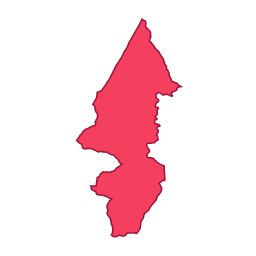 the district of Itaúba, Mato Grosso, Brazil, rotated 94°
{"feature_id": "56859067B4812959206421", "entity_name": "Itaúba", "entity_type": "district", "adm_level": 2, "iso_a3": "BRA", "parent_name": "Brazil", "parent_adm1": "Mato Grosso", "projection": "natural_earth1", "projection_center": [-55.553, -11.126], "detail": "fine", "context": "isolated", "style": "filled", "palette": "rose", "viewbox_px": 256, "rotation_deg": 94, "n_neighbors": 0, "source": "geoboundaries", "source_scale": "gbopen_adm2", "svg_char_len": 5866}
<svg xmlns="http://www.w3.org/2000/svg" viewBox="0 0 256 256"><g transform="rotate(94 128 128)"><path d="M235.6,137.2L236.0,136.8L236.6,136.4L237.1,135.5L237.4,134.5L237.3,132.6L237.1,131.8L236.8,131.3L235.8,129.8L235.7,129.1L235.7,128.3L236.0,126.7L236.1,125.9L236.0,124.9L235.6,123.5L235.1,122.9L233.1,121.7L232.8,121.3L232.7,119.8L232.5,118.1L232.2,115.0L232.3,113.9L232.7,112.4L232.4,111.9L230.3,110.5L229.1,109.7L227.9,109.2L227.0,108.9L224.9,108.7L221.7,108.6L220.6,108.5L220.0,108.3L218.9,107.8L217.0,106.6L216.5,106.4L213.1,106.0L212.2,105.7L211.5,104.6L211.0,104.2L209.8,103.2L208.6,101.8L207.7,101.2L205.2,100.2L202.8,98.6L200.8,97.0L197.9,95.0L195.9,94.4L195.2,94.3L194.6,94.1L193.6,93.6L192.0,92.3L189.4,90.8L187.6,90.2L186.0,90.2L185.1,90.4L182.9,91.7L181.4,93.0L180.8,93.1L180.4,92.7L179.9,91.7L179.5,91.3L178.6,90.6L178.0,89.9L177.7,89.1L177.6,88.4L177.8,87.8L176.5,87.6L174.9,87.9L169.7,88.5L168.9,88.8L165.0,89.1L163.1,89.4L163.1,90.6L162.6,91.6L162.2,92.9L161.8,93.7L160.4,96.1L159.6,97.3L158.7,98.1L158.0,99.3L157.6,99.7L156.9,100.1L156.6,100.5L156.4,101.1L156.0,103.8L156.1,105.0L155.9,106.6L154.9,107.1L154.3,107.3L153.7,107.2L152.3,106.8L151.6,106.4L150.3,105.0L149.8,104.9L149.0,105.0L148.0,105.8L147.3,106.1L146.0,107.3L145.0,107.9L144.2,108.1L143.3,108.1L142.5,107.9L142.1,107.5L141.8,106.9L141.7,106.3L141.6,105.4L141.7,104.6L141.1,102.7L141.1,101.8L141.1,101.1L140.8,100.6L140.3,100.2L139.1,99.3L138.1,97.5L137.6,97.2L136.5,97.4L135.9,97.7L135.1,97.8L134.4,97.8L133.7,98.2L133.3,98.5L132.8,98.7L132.0,98.7L131.2,98.5L130.4,97.7L129.8,97.5L128.5,97.6L127.8,98.2L127.5,98.8L127.1,99.1L125.7,99.2L124.8,98.7L124.4,98.0L124.3,97.2L124.1,96.6L123.4,96.3L122.9,96.8L122.7,97.4L122.1,98.7L121.9,100.4L121.8,101.1L121.1,101.8L118.6,101.9L118.1,101.7L117.9,101.0L117.7,100.2L117.1,99.6L116.6,99.8L115.2,101.7L114.6,101.8L113.5,100.5L113.0,100.1L112.6,99.9L111.3,99.8L108.7,100.2L108.2,100.1L106.8,99.3L105.7,99.2L105.2,99.5L105.2,100.2L105.6,101.3L105.4,101.9L104.9,102.4L104.1,102.4L102.9,102.0L101.7,101.8L101.0,101.4L100.5,100.8L100.1,100.0L99.6,99.5L99.0,99.3L98.4,99.3L97.9,99.5L97.5,100.0L96.2,101.7L95.8,102.0L93.8,102.4L92.5,102.4L91.9,102.0L91.4,101.3L90.6,99.5L90.5,98.9L90.9,97.9L92.3,96.1L92.6,95.6L92.6,95.0L91.8,92.7L91.7,91.6L91.8,90.8L92.4,88.9L92.8,88.0L93.4,86.8L93.2,86.2L92.5,85.9L91.9,86.3L90.8,87.1L90.2,87.2L89.7,86.9L88.9,85.8L87.1,82.6L86.7,82.1L86.2,81.9L85.0,81.7L84.4,81.4L84.0,80.9L83.6,80.2L83.0,77.8L82.7,78.3L82.6,78.8L82.2,79.5L82.0,80.3L81.7,80.8L80.9,81.5L80.2,81.8L79.8,82.7L79.8,83.2L79.6,84.1L78.8,85.4L78.9,86.4L78.6,87.1L78.2,87.5L77.5,87.8L76.0,88.8L75.0,89.1L74.3,89.7L72.2,90.6L71.6,90.7L71.0,90.6L70.3,91.0L69.7,91.2L69.5,91.6L69.0,92.0L68.4,91.9L67.3,92.6L66.9,92.9L66.7,93.6L65.8,94.0L64.8,93.8L64.1,93.8L62.6,95.1L62.0,95.3L61.6,95.9L60.9,96.1L60.0,96.2L59.5,96.4L59.2,97.0L58.6,96.9L56.7,97.6L52.4,101.1L51.9,101.4L51.2,101.9L50.6,102.2L50.0,102.3L49.6,102.9L48.9,103.5L48.4,104.3L47.8,104.8L47.3,105.4L47.4,106.2L46.8,106.6L46.2,106.6L45.7,106.8L43.9,108.6L42.8,109.2L42.6,109.9L42.1,110.1L41.1,110.8L40.5,111.5L39.9,112.6L39.3,112.6L38.8,112.8L38.2,112.7L37.2,112.0L35.6,111.9L34.8,111.5L33.6,112.1L31.4,112.1L30.8,112.2L30.2,112.6L29.3,113.6L29.0,114.1L27.8,115.2L26.7,116.7L26.3,117.0L25.6,117.4L24.6,117.7L23.4,117.5L22.5,117.4L21.0,117.7L20.4,118.0L20.1,118.3L19.8,118.9L19.8,119.5L19.5,120.2L18.8,121.2L18.6,121.9L19.3,121.8L25.4,124.5L33.0,128.2L41.4,132.2L43.2,133.2L44.5,133.5L48.7,134.9L51.6,136.9L55.2,138.2L58.3,139.5L60.7,140.9L61.3,141.1L61.7,141.4L64.4,142.9L65.1,143.5L66.0,144.0L67.8,144.6L71.2,146.1L77.0,148.5L79.8,149.6L80.9,150.1L81.8,150.6L82.3,151.1L83.9,152.1L84.6,152.3L86.9,153.4L87.6,154.0L91.3,156.2L92.6,157.3L92.9,157.8L93.8,159.5L94.5,161.2L99.9,161.4L107.0,164.8L107.2,164.2L107.8,163.5L108.3,163.0L110.1,162.2L111.4,162.3L111.9,162.2L114.1,161.0L116.1,159.4L116.6,159.3L117.4,159.2L118.5,159.3L119.7,159.2L120.3,159.3L121.7,160.2L122.2,160.4L122.9,160.4L123.8,161.0L124.7,161.2L125.7,160.5L126.4,160.6L128.0,161.1L128.2,161.7L128.2,162.9L128.5,163.6L131.7,168.7L132.2,170.0L132.7,170.6L133.6,171.5L134.4,172.3L135.0,172.8L137.0,173.6L138.1,174.9L138.7,175.4L140.0,175.8L141.1,176.7L141.6,177.0L142.5,177.1L142.9,177.4L143.3,178.1L143.8,178.2L144.8,177.7L146.6,174.9L147.4,173.3L147.8,172.9L149.0,172.3L149.6,172.3L150.4,172.1L151.0,171.7L151.4,171.2L151.9,169.4L151.6,168.8L151.3,166.1L151.0,164.6L151.3,162.4L151.8,160.9L152.4,159.8L153.1,157.7L153.7,156.7L154.0,155.9L153.9,155.4L153.6,154.9L153.3,154.2L153.2,153.5L153.7,151.6L153.6,148.9L153.5,148.2L153.7,147.1L154.4,145.6L155.3,144.0L155.5,143.4L156.0,140.8L156.3,140.2L156.6,139.8L157.9,138.6L158.7,137.7L159.1,136.9L159.7,136.2L160.2,135.7L161.2,135.2L162.8,134.1L163.4,133.4L164.6,131.4L165.1,132.5L166.4,133.4L166.8,133.8L167.7,135.5L168.3,135.9L168.9,136.8L169.4,137.2L171.3,138.2L171.6,138.8L171.8,139.5L172.5,140.4L172.7,141.0L172.8,141.7L173.6,143.4L173.4,144.5L173.3,145.6L173.5,146.3L173.6,147.0L173.7,148.0L173.6,148.5L173.5,149.6L173.6,150.1L174.4,150.9L175.1,151.7L176.4,152.5L177.4,152.8L178.0,153.1L178.9,154.1L179.3,154.7L179.4,155.2L180.1,155.4L181.3,155.2L181.8,155.3L182.4,155.5L182.9,155.6L184.4,155.2L185.3,155.7L187.4,155.6L188.2,155.8L188.2,157.4L188.4,161.1L189.3,160.6L190.1,160.4L191.5,160.3L191.9,159.9L192.3,159.1L193.2,157.3L193.4,156.6L194.0,155.6L195.1,155.1L196.1,154.8L196.7,153.2L196.8,152.6L196.9,151.9L196.7,151.0L196.9,147.6L197.4,146.6L197.9,144.6L199.6,140.8L199.8,139.2L200.5,139.7L201.2,140.6L201.8,141.2L204.5,142.6L205.0,142.7L206.2,143.3L206.9,143.5L208.2,143.5L211.1,142.5L211.8,142.4L212.6,142.4L214.8,143.0L218.1,140.6L220.7,138.5L221.8,138.7L222.4,138.6L223.6,138.0L224.5,138.1L225.2,137.9L226.2,137.0L227.2,136.9L229.4,136.1L231.7,136.0L232.7,136.2L234.0,136.3L234.4,136.3L235.1,136.7L235.6,137.2Z" fill="#f43f5e" stroke="#9f1239" stroke-width="1.5"/></g></svg>